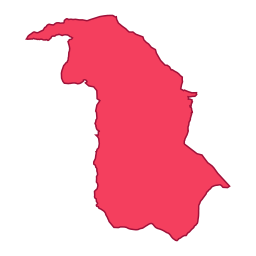 the district of Vulcan, Hunedoara, Romania
{"feature_id": "2599482B28838011196800", "entity_name": "Vulcan", "entity_type": "district", "adm_level": 2, "iso_a3": "ROU", "parent_name": "Romania", "parent_adm1": "Hunedoara", "projection": "orthographic", "projection_center": [23.277, 45.365], "detail": "fine", "context": "isolated", "style": "filled", "palette": "rose", "viewbox_px": 256, "rotation_deg": 0, "n_neighbors": 0, "source": "geoboundaries", "source_scale": "gbopen_adm2", "svg_char_len": 5659}
<svg xmlns="http://www.w3.org/2000/svg" viewBox="0 0 256 256"><path d="M177.0,240.6L178.2,239.5L178.7,238.7L178.9,238.7L179.2,238.6L180.4,238.0L182.6,236.4L183.6,235.9L184.7,235.5L185.5,235.4L185.9,235.6L186.5,235.1L186.6,234.9L187.1,233.9L187.3,233.6L187.6,233.4L188.0,232.8L188.3,232.5L189.0,232.2L189.5,231.8L190.4,230.8L191.0,230.1L192.1,229.0L193.5,227.8L193.8,227.4L194.0,227.1L194.1,226.5L194.3,226.2L194.7,225.8L195.8,225.1L196.0,224.9L196.3,224.4L196.5,224.1L197.3,223.3L197.5,222.7L197.8,221.3L198.1,218.7L198.3,217.6L198.5,215.9L198.6,213.3L198.6,210.2L198.7,209.2L198.7,208.2L198.7,206.0L198.8,205.5L199.0,204.8L199.8,203.2L200.2,201.9L200.6,201.1L201.4,200.1L202.3,199.1L202.9,198.2L204.1,196.6L204.9,195.5L205.9,194.2L206.2,193.6L206.4,192.8L207.0,192.0L207.3,191.6L208.2,190.9L208.5,190.4L208.9,189.9L209.9,189.2L210.4,188.7L210.9,188.1L211.6,187.2L212.0,186.8L212.5,186.5L214.4,185.7L215.9,185.3L217.8,185.1L218.9,184.9L219.8,184.8L220.1,184.8L220.3,184.8L221.4,185.6L221.9,186.1L222.8,187.2L223.0,187.3L223.6,187.4L224.3,187.4L227.6,187.6L229.6,186.2L217.7,173.3L213.7,167.7L211.9,165.8L207.7,162.7L203.7,157.4L202.0,155.0L197.0,153.7L184.7,144.3L184.2,143.4L184.3,142.6L184.3,141.0L184.4,140.7L184.8,140.1L184.8,139.8L185.0,138.8L185.1,138.6L185.6,137.6L185.9,137.2L186.0,136.6L186.4,136.0L187.0,134.8L187.5,133.3L188.2,131.1L188.2,130.5L187.9,130.2L188.1,129.4L188.0,128.7L188.0,127.4L188.1,126.6L188.3,126.2L188.7,125.1L188.9,123.4L189.0,122.5L189.1,122.1L189.5,121.5L190.3,119.7L190.4,118.1L190.9,116.5L191.1,115.5L191.5,114.7L191.5,114.0L191.3,113.4L191.5,112.6L192.3,112.6L192.2,111.2L191.7,110.6L191.6,108.8L191.4,108.1L191.0,107.4L190.4,107.3L190.1,106.8L190.0,106.2L190.3,106.4L191.2,105.9L191.1,105.6L191.1,105.3L191.2,104.5L191.5,103.2L191.7,103.3L191.9,102.8L192.4,101.7L191.9,101.1L192.1,100.0L191.0,99.5L189.9,99.1L188.4,99.2L188.5,98.1L188.1,96.7L189.7,96.9L192.4,96.4L194.9,96.3L196.1,95.2L196.7,94.5L196.4,93.7L196.5,92.7L191.9,92.8L188.6,91.8L184.4,90.1L183.6,90.6L180.7,88.9L181.6,84.5L182.5,81.8L182.2,79.4L182.3,77.1L180.3,75.6L178.7,73.8L177.0,72.5L174.4,71.1L172.4,69.8L171.2,69.9L169.5,66.9L167.3,65.3L165.1,65.2L160.6,60.5L156.4,53.2L155.4,49.6L151.3,47.3L148.6,44.0L146.3,42.4L143.9,39.9L142.9,36.9L135.7,34.2L134.3,33.1L132.9,32.0L131.4,32.1L129.1,32.0L127.4,30.5L125.8,28.8L122.4,26.4L118.4,23.1L116.6,19.3L116.3,16.8L115.7,17.0L115.3,17.0L114.5,16.4L114.0,16.3L113.6,15.9L112.8,15.5L112.2,15.4L111.0,15.4L107.5,15.5L103.3,16.0L99.8,16.6L89.1,20.0L88.1,20.5L86.6,20.7L82.7,19.9L79.4,19.9L75.5,19.3L73.0,19.5L71.0,19.2L68.3,19.5L67.7,18.9L66.4,18.8L64.4,20.4L64.2,21.2L64.2,22.0L64.0,22.5L63.6,23.0L62.8,23.0L61.4,23.1L60.2,23.2L59.9,23.1L59.4,22.9L58.8,22.8L57.8,22.8L56.9,22.8L56.3,23.0L55.4,23.4L54.5,24.1L53.9,24.7L53.6,24.9L52.8,24.9L51.2,24.7L49.4,24.3L49.0,24.3L48.3,24.5L47.7,24.8L47.3,25.1L46.7,25.7L46.4,26.4L46.1,26.7L45.3,27.3L44.7,27.5L43.1,30.2L40.4,31.4L38.7,32.3L37.7,32.7L36.1,32.6L34.8,32.1L34.5,32.0L33.6,32.1L33.2,32.3L31.7,33.4L31.3,33.7L29.6,34.8L28.3,35.9L27.3,37.4L27.0,38.3L26.4,39.0L27.4,39.2L31.3,39.0L32.6,39.0L33.2,38.5L33.4,38.5L33.7,38.5L34.2,38.6L35.0,39.0L36.2,39.0L37.2,39.4L38.6,39.3L39.1,39.4L39.7,39.5L40.4,39.2L41.5,39.2L42.3,39.4L43.1,39.8L44.0,40.0L45.3,39.8L45.8,40.0L46.2,39.6L46.4,39.6L47.3,39.9L47.4,40.1L47.9,40.4L48.7,40.2L49.2,39.5L50.0,38.9L50.5,38.3L51.0,38.0L51.4,37.0L51.8,36.5L52.0,36.3L52.9,36.1L53.7,36.1L54.8,36.1L55.8,35.4L55.9,35.2L56.1,35.0L56.6,34.9L57.0,34.9L58.4,34.6L58.9,34.3L60.7,34.9L62.1,35.5L63.2,35.1L64.3,34.8L65.0,34.8L65.6,34.7L66.4,34.9L67.2,34.8L69.1,35.8L69.7,36.5L70.9,36.9L72.5,37.9L72.0,38.7L71.1,39.3L70.1,39.4L69.2,39.8L69.0,40.6L68.4,41.2L68.0,41.5L69.3,46.1L69.7,48.5L69.4,51.3L68.9,52.1L68.7,54.7L68.6,56.6L68.3,57.7L68.1,60.0L67.7,60.8L67.3,61.4L67.2,62.1L65.8,63.0L64.8,64.4L63.7,65.6L61.9,70.7L61.4,73.2L61.6,78.2L62.9,81.4L64.3,83.2L68.4,83.6L69.9,83.4L70.6,83.4L71.2,83.2L72.3,83.1L72.7,83.0L75.0,83.0L76.6,83.4L77.7,83.8L79.9,83.4L81.4,82.6L83.5,81.0L83.4,80.1L84.7,79.7L85.9,80.1L86.8,81.1L87.0,81.8L85.4,82.9L88.8,85.9L93.7,86.8L96.8,90.6L97.0,94.6L97.1,98.7L99.9,100.6L96.9,105.1L95.7,111.1L96.5,112.5L96.9,117.9L96.8,118.8L96.0,119.9L95.5,122.7L95.0,123.2L95.5,124.6L96.0,125.7L95.9,126.7L96.1,127.0L96.4,128.0L96.4,128.3L96.9,129.3L97.1,129.6L97.3,129.9L98.1,130.3L99.3,131.2L99.3,131.3L98.4,131.5L98.3,135.0L95.9,135.1L97.6,136.7L98.7,138.5L99.3,143.7L98.7,147.5L98.0,148.6L97.2,149.2L96.9,150.1L96.5,151.6L96.0,151.7L96.3,152.7L95.8,155.5L95.4,158.6L93.8,161.8L93.7,163.2L93.9,164.3L95.1,165.0L95.6,166.0L95.7,167.1L96.2,167.6L96.8,168.6L96.9,171.2L97.4,172.6L97.6,174.7L96.5,176.6L96.6,178.4L96.5,180.5L96.4,182.0L97.5,183.4L97.9,185.6L97.2,188.7L94.5,191.3L94.7,195.4L94.5,196.9L95.1,198.2L96.2,198.9L96.4,201.4L97.6,203.1L97.5,203.8L96.3,205.1L96.7,206.2L98.2,206.7L99.1,208.4L100.4,208.8L102.9,210.4L104.1,211.3L104.9,212.3L105.5,213.2L105.6,213.9L106.0,215.0L107.0,216.7L107.4,217.4L108.0,218.9L108.7,220.3L109.1,221.5L113.9,227.4L118.3,227.6L118.8,227.5L119.8,227.1L120.6,226.9L122.8,226.9L124.6,227.0L125.6,227.2L126.5,227.4L128.2,228.3L128.9,228.6L130.2,229.0L132.8,229.4L133.5,229.5L135.3,229.7L136.7,229.7L137.7,229.6L138.5,229.4L139.0,229.1L140.3,228.6L142.3,228.2L143.0,227.9L146.0,225.9L147.1,225.3L147.8,224.8L149.2,224.0L149.7,223.7L151.0,223.5L151.5,223.5L151.9,223.6L152.4,223.8L153.3,224.7L153.7,225.2L154.2,225.8L155.4,227.2L156.0,227.6L156.7,228.0L157.8,228.5L159.6,229.0L161.5,229.7L163.4,230.6L165.1,231.6L166.5,232.5L168.4,233.2L168.9,233.6L169.5,234.1L170.5,235.3L171.2,236.4L172.0,237.4L173.0,238.5L175.6,240.3L176.5,240.5L177.0,240.6Z" fill="#f43f5e" stroke="#9f1239" stroke-width="1.5"/></svg>